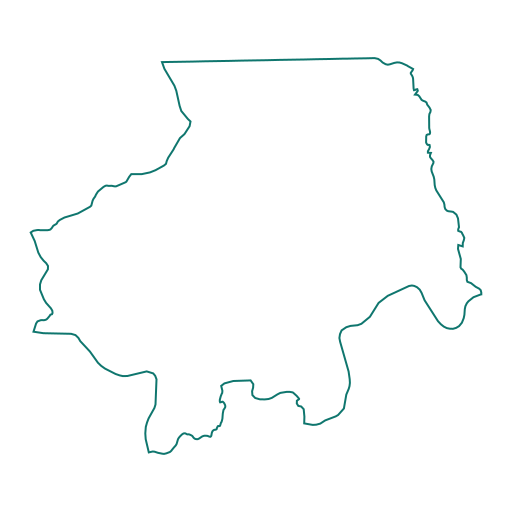 Uíge, Robinson projection
{"feature_id": "AGO-1881", "entity_name": "Uíge", "entity_type": "Province", "adm_level": 1, "iso_a3": "AGO", "parent_name": "Angola", "parent_adm1": "", "projection": "robinson", "projection_center": [15.52, -7.131], "detail": "fine", "context": "isolated", "style": "outline", "palette": "teal", "viewbox_px": 512, "rotation_deg": 0, "n_neighbors": 0, "source": "natural_earth", "source_scale": "10m", "svg_char_len": 5012}
<svg xmlns="http://www.w3.org/2000/svg" viewBox="0 0 512 512"><path d="M374.6,58.1L378.1,58.9L380.5,60.5L382.6,62.5L385.6,64.2L387.8,64.7L389.9,64.3L394.3,62.9L397.0,62.4L399.4,62.5L401.9,63.2L407.0,65.5L408.0,66.2L413.1,69.0L412.6,70.3L410.8,72.8L410.8,73.7L412.1,75.7L412.8,77.3L413.1,78.8L413.6,88.5L414.0,90.2L414.8,90.1L416.1,89.4L417.3,89.2L417.8,90.8L415.0,94.6L417.7,94.9L419.3,96.3L421.6,99.9L423.2,100.8L425.1,101.5L426.5,102.5L427.2,104.6L429.5,107.6L430.7,110.0L430.4,112.0L429.4,114.0L429.1,116.5L429.2,127.9L429.4,129.2L429.8,130.7L430.1,132.2L429.9,133.7L429.2,134.3L427.9,134.4L426.7,134.9L426.2,136.4L426.1,142.4L426.3,143.0L427.1,144.4L428.0,145.0L428.9,144.8L429.6,145.0L429.9,147.0L429.1,149.1L427.9,151.2L427.9,152.7L430.9,152.9L430.0,155.1L430.0,156.9L430.9,158.3L432.3,159.8L433.5,161.6L433.4,163.0L431.8,166.3L431.3,169.0L431.7,171.5L433.7,176.7L434.3,179.4L434.7,185.1L435.3,187.9L436.3,190.4L443.8,202.3L444.4,204.6L444.6,206.9L445.2,208.9L446.8,210.6L448.2,211.2L451.5,211.6L453.1,211.9L456.4,214.6L458.0,218.4L459.0,227.2L458.7,227.9L458.2,229.3L458.2,230.8L459.5,231.4L461.0,231.8L461.9,232.8L462.4,234.0L463.1,235.2L464.3,237.9L463.8,240.3L462.8,243.0L462.7,246.4L458.3,245.0L458.0,248.9L460.8,259.0L460.5,267.3L461.2,268.7L462.6,269.6L464.2,271.6L466.4,275.1L466.8,277.6L466.8,280.0L467.4,281.8L471.0,283.1L475.7,286.8L479.2,288.7L480.7,290.2L481.3,292.6L481.3,294.3L481.2,294.3L480.9,294.4L473.5,297.2L468.4,301.3L466.8,303.3L465.4,306.2L464.8,309.1L464.4,314.8L463.7,318.2L461.9,322.7L459.1,326.1L456.1,327.9L453.0,328.8L449.8,328.7L446.8,328.1L443.8,326.6L440.9,324.3L438.0,321.2L424.6,300.3L421.6,292.9L419.7,289.6L417.0,287.2L414.2,285.9L411.9,285.5L409.0,286.0L387.8,295.8L378.6,302.9L369.9,316.8L361.4,323.8L357.6,325.2L350.5,325.9L346.3,327.2L341.6,330.4L340.0,334.1L339.4,338.0L340.1,341.7L348.6,371.5L349.7,379.2L349.9,382.9L349.5,386.2L348.7,388.9L346.3,394.6L343.9,408.5L338.1,415.0L335.7,416.4L325.2,420.4L320.3,423.6L316.2,424.7L312.7,424.9L304.2,423.4L304.4,416.7L303.7,409.2L301.2,406.5L298.3,405.9L296.8,403.5L296.9,400.7L299.0,399.2L299.1,398.9L298.6,398.1L296.6,395.8L293.3,392.8L292.7,392.4L289.9,391.9L286.5,391.9L280.3,392.9L277.4,394.4L271.8,397.9L268.6,399.0L264.8,399.4L259.8,399.3L255.2,398.0L252.4,395.1L252.1,391.2L253.1,387.7L253.3,384.2L250.6,380.4L248.2,380.5L233.3,381.0L224.4,383.4L221.2,385.9L222.4,390.8L222.2,393.0L221.8,393.6L220.7,396.4L219.8,399.8L219.8,401.4L220.1,402.3L220.7,402.3L222.0,401.8L222.7,401.7L223.4,402.3L224.2,403.2L225.1,405.1L225.3,406.2L225.2,407.2L224.5,408.5L223.5,409.9L222.8,413.5L222.4,418.7L221.9,420.8L221.4,422.2L220.9,422.9L220.3,425.0L220.0,425.8L219.4,426.1L218.7,426.0L218.1,426.1L217.8,426.2L216.9,428.0L216.7,429.0L216.3,429.4L215.6,429.7L214.4,429.8L213.5,430.2L212.5,431.2L212.1,432.1L211.8,433.0L211.3,435.7L210.9,436.4L210.3,436.8L209.3,436.6L207.8,436.0L207.1,435.8L204.5,435.7L203.3,436.0L202.1,436.5L199.0,438.6L197.9,439.1L197.0,439.2L195.5,439.0L194.6,438.6L193.9,438.0L193.4,437.5L193.0,436.9L192.6,436.3L192.1,435.8L190.8,435.1L189.5,434.5L188.6,434.3L187.6,434.4L186.8,434.2L185.6,433.5L184.9,433.3L184.1,433.3L183.1,433.7L181.9,434.5L180.0,436.4L178.9,437.7L178.0,439.2L176.6,444.0L175.7,445.5L173.9,447.5L171.7,450.2L171.4,450.7L170.5,451.5L169.9,452.0L166.2,453.4L164.0,453.9L162.3,453.7L157.9,452.8L154.6,451.7L152.7,451.5L148.8,452.4L145.7,439.2L145.3,433.4L145.8,426.9L147.0,422.6L148.6,418.4L154.4,408.0L155.5,404.5L156.5,379.3L155.2,375.8L153.2,373.4L146.7,371.4L127.4,376.0L122.9,376.1L119.7,375.4L115.6,374.0L105.0,368.6L101.1,365.8L97.9,362.7L89.9,351.5L80.3,341.2L78.4,337.9L75.5,335.1L71.1,333.8L43.4,333.2L33.5,331.7L36.1,323.5L37.5,321.4L40.4,320.3L41.2,320.1L44.0,320.2L45.7,319.8L46.6,319.3L47.3,318.7L49.5,316.1L50.4,314.7L52.0,314.2L52.5,313.1L52.5,312.4L52.3,310.7L50.9,308.3L46.1,302.9L43.9,299.3L40.0,289.8L40.0,284.4L41.3,280.2L47.9,269.3L48.0,266.0L46.2,263.2L43.6,260.7L40.7,257.1L38.3,252.6L34.7,241.0L30.7,232.5L33.3,230.8L36.9,230.1L38.1,230.0L38.9,230.0L40.2,230.2L47.5,230.2L49.3,229.9L50.4,229.5L51.9,227.9L52.7,226.6L53.2,225.9L54.0,225.3L56.1,224.1L56.7,223.6L57.7,221.8L58.1,221.3L59.9,219.9L64.5,217.5L70.2,215.8L77.8,213.5L90.0,206.8L91.3,205.6L92.6,200.7L93.2,199.4L93.7,198.5L94.9,196.9L95.3,196.2L95.6,195.4L96.5,193.8L98.0,191.5L103.5,186.9L104.9,186.1L105.5,185.8L106.3,185.6L107.1,185.6L108.6,185.9L109.4,185.9L111.0,185.8L111.8,185.8L114.2,186.3L115.2,186.4L116.2,186.3L125.0,182.5L125.8,182.1L126.4,181.6L129.2,176.8L131.3,174.1L141.9,174.1L150.0,172.4L155.5,170.2L164.0,165.5L166.0,163.8L166.7,161.1L168.2,157.7L173.7,149.2L174.0,148.4L179.9,138.2L180.6,137.5L183.8,134.7L184.6,133.9L189.6,126.2L190.5,121.5L187.8,118.9L181.3,111.0L179.6,105.8L176.3,90.8L174.4,85.7L164.4,68.8L162.0,62.1L167.1,62.0L179.6,61.8L192.1,61.6L204.5,61.3L217.0,61.1L229.5,60.9L241.9,60.6L254.4,60.4L266.9,60.2L279.3,59.9L291.8,59.7L304.3,59.5L316.7,59.2L329.2,59.0L341.7,58.7L345.3,58.7L354.1,58.5L366.6,58.3L374.6,58.1Z" fill="none" stroke="#0f766e" stroke-width="2"/></svg>